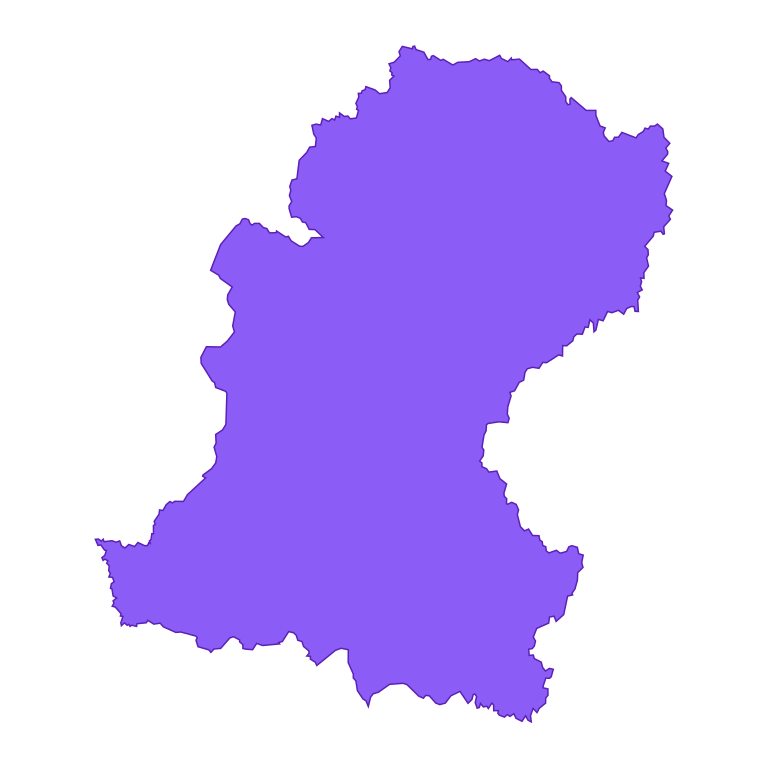 the district of Flavio Alfaro, Manabi, Ecuador
{"feature_id": "8360857B52288748558736", "entity_name": "Flavio Alfaro", "entity_type": "district", "adm_level": 2, "iso_a3": "ECU", "parent_name": "Ecuador", "parent_adm1": "Manabi", "projection": "natural_earth1", "projection_center": [-79.814, -0.325], "detail": "fine", "context": "isolated", "style": "filled", "palette": "violet", "viewbox_px": 768, "rotation_deg": 0, "n_neighbors": 0, "source": "geoboundaries", "source_scale": "gbopen_adm2", "svg_char_len": 6071}
<svg xmlns="http://www.w3.org/2000/svg" viewBox="0 0 768 768"><path d="M556.1,621.4L563.7,614.6L567.6,596.1L572.6,594.9L572.0,593.2L574.9,589.1L577.4,580.3L577.7,572.6L583.0,567.4L581.7,562.7L583.2,555.1L578.7,553.7L577.3,547.3L571.9,545.7L568.9,546.8L566.6,551.4L561.9,552.8L560.0,553.1L556.4,550.3L548.9,552.9L546.3,550.9L545.7,546.6L542.8,545.6L542.2,541.6L539.8,540.1L539.0,535.7L532.6,535.5L528.5,529.0L524.6,530.9L520.4,526.7L517.3,514.4L518.6,510.0L516.2,504.4L511.7,502.3L507.7,504.2L506.5,503.7L506.7,498.7L504.3,496.3L503.9,493.3L506.6,484.0L499.9,478.7L496.8,471.0L488.9,472.1L486.5,468.7L481.9,466.7L481.9,462.9L479.6,461.1L483.2,455.9L483.8,450.0L482.0,447.3L484.0,435.0L486.1,430.8L486.5,424.7L488.0,423.5L498.9,421.8L507.9,422.7L509.2,418.2L507.3,414.2L507.8,406.8L511.1,395.9L509.8,392.4L514.6,390.8L519.2,382.4L523.7,380.1L525.0,372.3L527.3,368.8L532.5,367.3L539.0,368.3L542.8,362.4L546.6,362.7L558.7,354.9L562.5,356.0L562.7,345.6L566.7,345.8L572.8,340.8L573.8,336.8L576.9,334.0L582.4,334.2L585.0,327.0L588.2,327.4L589.9,319.8L593.3,323.0L594.0,331.8L595.9,330.1L598.4,319.4L603.1,320.8L607.6,311.5L611.9,312.7L618.4,310.3L623.7,314.2L626.7,308.5L630.9,306.6L634.1,306.6L635.0,311.3L638.4,311.5L637.7,300.3L639.6,296.9L637.3,292.5L642.2,289.9L640.3,286.2L641.6,281.7L640.5,277.9L644.0,278.4L643.9,272.6L648.5,266.1L646.6,257.8L648.3,254.8L648.0,249.7L644.7,246.3L653.3,236.1L654.1,232.3L660.9,231.2L663.1,234.3L664.4,233.8L663.7,226.8L670.4,219.3L668.8,216.0L672.6,210.1L666.0,205.6L666.5,200.4L664.3,193.6L671.9,176.4L665.2,171.1L668.7,163.4L661.9,160.9L667.5,154.3L667.8,151.8L665.8,148.0L669.8,143.3L664.0,137.3L662.8,128.9L657.4,124.1L654.5,126.1L650.3,126.1L648.3,129.0L645.0,128.1L643.3,131.5L638.3,134.5L636.1,137.9L621.9,132.4L618.4,137.2L614.6,137.3L612.7,140.8L608.8,141.4L604.1,135.9L603.3,132.3L605.2,127.9L600.0,125.9L595.9,115.5L595.8,110.4L586.2,110.4L571.2,97.6L569.9,99.1L570.1,104.1L567.9,104.7L565.8,101.5L565.7,96.7L561.4,90.4L561.4,85.9L559.0,82.6L551.9,81.8L549.4,78.1L549.5,75.8L543.2,71.1L540.1,72.7L537.2,69.4L530.9,69.5L519.5,59.1L511.8,59.8L511.3,58.0L507.9,61.6L501.4,58.5L499.7,55.3L489.3,60.7L484.4,59.2L479.4,61.0L475.6,58.7L469.2,61.7L457.9,62.3L452.8,65.0L443.2,59.3L440.8,60.4L433.3,55.6L431.4,56.3L430.7,59.3L428.0,59.6L423.9,52.2L416.1,49.6L414.6,46.1L412.9,46.5L412.3,48.8L402.3,46.4L399.0,51.7L400.3,55.9L394.2,62.2L389.0,63.8L390.8,67.6L389.9,71.0L392.0,72.5L391.7,75.0L393.9,76.1L389.6,80.3L390.2,87.7L387.2,92.5L379.5,93.7L375.2,90.0L365.9,86.6L365.1,89.7L362.2,90.7L361.3,93.2L358.3,93.4L358.8,97.0L355.9,103.4L357.4,106.6L356.6,109.3L358.5,110.3L356.4,118.0L350.2,118.8L347.8,116.0L344.4,116.5L339.5,112.9L339.5,117.3L336.0,116.1L334.6,120.0L331.9,118.6L328.7,121.4L322.5,118.6L320.7,125.0L316.0,124.1L311.9,125.3L313.8,134.2L316.3,138.0L315.4,146.5L309.7,147.1L306.6,152.6L299.2,160.3L296.9,178.8L292.0,180.0L289.8,186.4L290.8,190.5L289.4,195.5L291.7,201.6L289.1,205.8L289.1,208.6L291.6,217.2L296.3,216.7L300.3,218.3L302.4,222.0L305.8,222.7L309.2,229.4L315.0,229.6L323.3,237.5L311.4,237.8L308.4,242.6L302.9,246.4L299.6,246.2L291.1,240.8L288.4,236.3L285.7,237.0L276.5,231.0L276.2,232.7L269.5,232.9L266.8,228.5L263.3,227.6L259.4,223.4L254.4,223.4L252.2,225.1L250.2,223.8L248.5,219.7L245.0,218.5L242.3,219.1L239.9,223.8L236.1,225.9L220.6,244.6L210.6,270.3L218.7,275.2L220.4,278.5L232.2,287.0L227.7,294.9L227.3,299.7L228.8,304.4L235.3,311.9L232.7,325.9L234.4,332.0L227.5,340.9L220.5,347.0L206.4,346.7L200.9,357.3L201.2,363.4L212.1,380.9L214.6,382.6L215.7,387.5L225.8,391.4L226.9,393.2L225.9,424.4L222.5,430.0L215.7,434.4L216.1,443.1L214.1,447.2L216.8,456.6L215.7,463.0L211.4,468.8L203.0,475.0L202.6,476.2L205.6,477.9L187.5,494.6L183.5,501.4L174.8,501.3L172.3,502.9L169.9,501.5L166.2,504.7L162.9,510.5L159.6,509.9L159.0,514.3L154.2,521.3L155.2,524.5L153.4,525.5L153.5,533.8L151.8,533.7L151.0,539.6L149.5,540.8L150.2,543.3L148.8,542.6L147.6,545.5L144.7,545.7L137.9,542.5L134.7,546.5L128.8,544.5L125.0,548.0L121.5,545.8L119.7,540.9L116.0,542.2L112.0,540.7L104.1,541.7L103.2,539.2L101.3,541.1L98.6,539.1L95.4,539.3L98.0,545.4L101.0,545.0L104.5,550.1L106.4,550.4L104.8,555.4L101.9,557.6L103.1,560.4L104.9,559.2L107.8,560.7L106.7,563.3L109.2,565.8L108.7,570.7L110.3,573.2L108.9,577.0L112.5,577.4L114.1,581.8L111.4,583.6L110.5,588.4L112.0,589.0L113.1,596.0L116.7,598.0L113.1,600.8L113.9,603.3L112.2,606.2L115.3,607.1L121.2,613.9L120.4,616.0L122.9,616.4L120.8,622.8L121.4,625.7L124.4,622.9L127.2,625.3L128.7,624.3L130.1,626.4L131.7,625.2L136.6,626.4L137.0,623.7L146.2,622.8L147.9,620.4L153.8,624.1L160.2,623.2L163.3,626.8L175.8,632.4L180.7,632.0L195.7,636.0L197.3,637.5L196.0,640.2L198.0,646.7L208.9,649.9L210.9,652.4L214.0,649.0L220.7,648.4L229.8,638.0L233.4,636.7L239.6,639.9L239.7,642.0L242.8,644.5L242.9,648.5L245.6,649.1L252.6,649.7L256.7,643.4L262.6,645.5L279.6,643.9L278.6,642.5L282.4,641.5L288.7,631.6L293.7,632.8L296.3,635.4L297.8,640.3L301.9,641.4L303.6,646.5L308.9,650.9L309.0,653.4L306.8,656.0L310.4,656.4L310.4,659.2L315.3,662.2L316.8,665.5L335.5,650.3L341.1,648.3L348.3,649.7L348.2,662.6L353.3,674.0L353.3,678.0L355.9,680.9L357.4,690.6L362.9,698.9L365.9,700.7L368.3,706.5L370.6,697.1L373.2,693.8L378.5,692.2L389.6,684.3L403.1,683.3L407.1,684.7L418.7,696.1L423.4,698.2L425.7,695.4L429.3,695.8L435.8,703.1L439.8,704.6L445.3,703.1L451.0,695.7L460.0,691.4L468.0,703.3L471.9,699.6L473.2,694.6L474.7,694.0L476.6,696.4L475.2,702.6L477.2,708.2L479.3,707.5L480.5,703.5L483.4,707.0L486.8,706.2L488.3,708.5L491.9,703.1L493.6,705.0L493.7,710.7L498.4,710.6L497.8,713.2L499.4,715.2L504.5,717.1L507.3,714.6L510.0,716.4L513.9,713.7L516.0,718.3L522.0,721.3L525.6,715.8L527.9,720.1L531.3,721.9L530.5,715.7L533.1,708.4L537.0,712.6L539.2,708.4L545.6,703.1L545.7,698.1L548.0,695.2L547.9,688.9L543.1,687.8L543.1,686.2L545.8,678.1L549.5,678.3L551.2,676.8L553.3,669.3L549.4,668.4L545.4,671.0L542.6,667.4L541.2,662.1L534.3,658.6L533.3,655.0L529.2,655.4L528.7,649.2L532.1,648.7L534.3,646.1L535.5,641.1L533.3,637.1L536.7,628.4L548.7,623.1L549.5,617.0L554.1,616.2L556.1,621.4Z" fill="#8b5cf6" stroke="#5b21b6" stroke-width="1.5"/></svg>